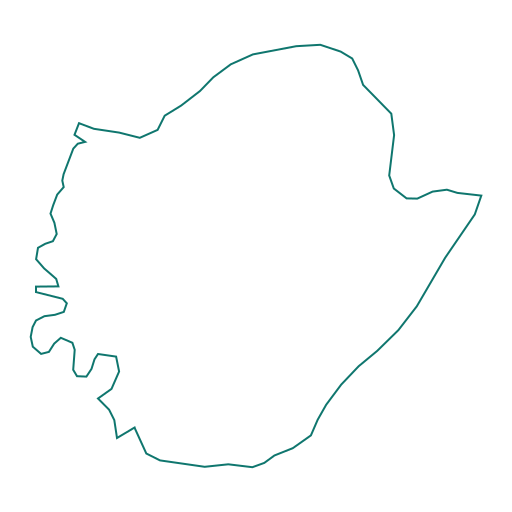 the border of Tainan City
{"feature_id": "TWN-1160", "entity_name": "Tainan City", "entity_type": "Special Municipality", "adm_level": 1, "iso_a3": "TWN", "parent_name": "Taiwan", "parent_adm1": "", "projection": "orthographic", "projection_center": [120.249, 23.155], "detail": "fine", "context": "isolated", "style": "outline", "palette": "teal", "viewbox_px": 512, "rotation_deg": 0, "n_neighbors": 0, "source": "natural_earth", "source_scale": "10m", "svg_char_len": 1236}
<svg xmlns="http://www.w3.org/2000/svg" viewBox="0 0 512 512"><path d="M117.0,438.0L114.3,420.1L109.1,409.7L98.0,398.5L111.5,388.9L119.1,371.5L116.1,356.6L98.0,354.0L94.5,359.3L91.5,368.9L86.4,376.6L77.0,376.2L73.2,369.8L74.7,349.8L72.4,342.8L60.8,337.8L54.2,343.6L48.9,351.9L41.1,353.9L32.8,346.7L30.7,336.9L32.6,327.1L36.0,320.5L44.4,316.2L55.0,314.8L63.8,311.9L66.8,303.3L62.7,298.8L36.0,292.1L36.0,286.6L58.4,286.4L56.2,278.9L44.1,268.4L36.1,259.2L38.0,247.8L45.2,243.8L52.9,241.2L56.7,234.0L54.4,222.8L50.5,213.6L53.2,205.2L57.2,194.6L63.7,187.1L62.3,180.6L63.6,174.2L73.3,148.6L77.8,143.7L85.1,141.9L74.5,134.8L79.0,123.2L93.9,128.8L119.2,132.6L139.8,137.8L157.6,129.9L164.7,115.7L181.1,105.6L200.0,91.0L213.3,77.3L230.8,64.3L252.9,54.4L296.2,46.2L320.3,44.8L340.7,51.6L352.2,58.5L358.1,70.4L363.1,84.9L391.3,113.7L394.1,135.1L389.2,175.5L393.8,188.5L406.6,198.4L417.3,198.6L432.6,191.6L446.9,189.7L457.4,192.9L481.3,195.6L474.8,214.4L445.2,257.7L416.8,306.3L398.4,330.1L377.2,350.9L358.7,366.2L341.2,384.6L326.2,404.7L317.7,419.7L310.9,435.4L292.9,448.1L274.4,455.5L264.3,462.9L252.4,467.2L228.3,464.3L204.7,466.8L160.0,460.4L146.3,453.5L135.0,428.7L134.6,427.5L117.0,438.0Z" fill="none" stroke="#0f766e" stroke-width="2"/></svg>